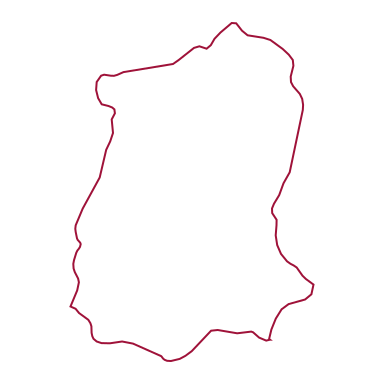 the State of Sikkim
{"feature_id": "IND-3259", "entity_name": "Sikkim", "entity_type": "State", "adm_level": 1, "iso_a3": "IND", "parent_name": "India", "parent_adm1": "", "projection": "natural_earth1", "projection_center": [88.435, 27.596], "detail": "fine", "context": "isolated", "style": "outline", "palette": "rose", "viewbox_px": 384, "rotation_deg": 0, "n_neighbors": 0, "source": "natural_earth", "source_scale": "10m", "svg_char_len": 1514}
<svg xmlns="http://www.w3.org/2000/svg" viewBox="0 0 384 384"><path d="M313.5,284.6L311.4,294.3L309.1,296.2L305.1,299.5L288.6,304.1L281.6,309.3L275.8,318.6L271.4,329.5L269.1,339.0L270.0,339.7L269.9,339.7L266.2,340.6L259.1,337.6L253.1,332.3L251.2,331.6L237.2,333.3L217.7,330.0L211.1,330.7L191.8,351.1L185.3,355.9L179.7,358.9L171.0,361.0L167.1,360.8L164.6,359.8L163.2,358.7L161.3,356.2L133.0,343.6L122.1,341.5L109.9,343.3L101.5,343.1L96.7,341.5L93.5,338.8L92.3,336.2L91.6,332.9L91.4,326.3L90.4,323.2L88.3,319.8L79.1,313.1L75.6,308.8L70.5,306.5L77.2,290.4L78.9,282.3L78.1,278.5L74.8,272.1L73.6,268.5L73.3,263.9L74.0,260.2L76.3,252.7L77.4,250.5L78.8,248.8L80.0,246.9L80.7,244.1L80.2,242.7L77.7,239.9L77.0,238.4L75.7,232.0L75.3,228.8L75.7,225.3L82.7,208.6L99.7,177.5L106.2,149.8L110.2,141.4L113.0,133.0L111.7,119.4L114.9,113.3L114.4,109.4L112.2,107.5L108.5,106.0L101.7,104.3L98.1,98.1L96.1,90.0L96.7,82.0L101.1,75.7L104.1,74.7L110.8,75.7L114.0,75.8L117.2,74.9L123.5,72.1L173.0,64.0L178.7,60.0L194.0,47.9L199.4,46.3L206.6,48.7L210.8,45.2L214.5,38.8L220.5,32.5L231.7,23.0L236.2,23.3L242.0,30.7L247.6,35.3L263.5,37.8L270.4,40.0L282.6,48.9L288.8,54.7L292.8,60.0L293.4,65.8L290.7,76.6L291.0,82.1L293.2,86.3L299.8,93.9L302.2,98.9L303.1,104.9L302.8,110.0L289.7,172.3L283.5,183.3L279.2,195.1L274.0,203.7L272.0,208.5L272.2,213.1L276.6,219.8L276.5,225.3L275.7,235.4L277.2,245.1L281.0,253.9L287.0,261.3L290.5,263.8L293.6,265.4L296.7,267.5L302.5,275.7L305.9,279.0L313.5,284.6Z" fill="none" stroke="#9f1239" stroke-width="2"/></svg>